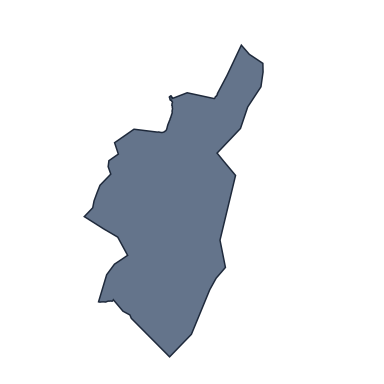 the district of O'lgii, Uvs, Mongolia, rotated 40°
{"feature_id": "93677404B88101121559012", "entity_name": "O'lgii", "entity_type": "district", "adm_level": 2, "iso_a3": "MNG", "parent_name": "Mongolia", "parent_adm1": "Uvs", "projection": "mercator", "projection_center": [92.028, 48.988], "detail": "fine", "context": "isolated", "style": "filled", "palette": "slate", "viewbox_px": 384, "rotation_deg": 40, "n_neighbors": 0, "source": "geoboundaries", "source_scale": "gbopen_adm2", "svg_char_len": 2479}
<svg xmlns="http://www.w3.org/2000/svg" viewBox="0 0 384 384"><g transform="rotate(40 192 192)"><path d="M280.8,332.7L283.0,301.4L276.4,280.6L268.4,255.4L265.9,242.5L266.1,228.3L244.4,210.9L214.7,151.3L196.1,148.0L186.2,146.1L188.3,112.2L180.0,91.0L177.2,67.1L169.3,54.4L163.6,47.9L147.5,49.7L135.4,47.8L143.9,80.2L148.2,100.2L148.3,100.5L148.5,100.6L148.6,100.8L148.8,101.0L148.9,101.5L148.8,101.9L149.0,102.4L149.0,102.6L149.1,102.9L149.0,103.1L148.8,103.3L148.8,103.6L148.7,104.0L148.8,104.4L148.9,104.7L149.0,104.9L149.1,105.2L149.1,105.5L149.1,105.8L149.0,106.1L147.8,106.8L124.5,119.1L117.0,132.7L116.7,132.9L116.4,132.9L116.2,132.7L116.0,132.4L115.9,132.3L115.9,132.2L115.7,132.2L115.6,132.3L115.5,132.5L115.3,132.4L115.1,132.4L114.8,132.1L114.6,131.9L114.4,131.9L114.1,131.8L113.9,132.0L114.0,132.4L114.0,132.7L114.0,132.9L113.8,132.9L113.8,133.0L113.7,133.2L113.5,133.4L113.5,133.5L113.6,133.8L113.8,134.0L114.1,134.2L115.1,134.7L115.7,135.3L116.0,135.5L116.5,135.5L116.7,135.4L116.9,135.3L117.0,135.1L117.1,134.9L117.4,134.9L117.8,135.4L118.0,135.5L118.4,135.5L118.7,135.5L118.9,135.6L119.1,135.6L119.3,135.7L119.3,135.8L119.5,136.1L119.7,136.4L119.8,136.8L119.9,137.2L120.1,137.4L120.4,137.7L120.5,138.0L120.6,138.3L120.7,138.5L120.9,138.5L121.2,138.6L121.5,138.7L121.7,138.9L121.9,139.0L122.0,139.2L122.0,139.4L122.2,139.6L122.4,139.8L123.1,140.3L123.4,140.6L123.7,140.9L123.8,141.2L124.0,141.6L124.2,141.9L124.4,142.3L124.6,142.7L124.8,143.0L125.3,143.3L125.5,143.6L125.8,143.9L126.0,144.3L126.2,144.5L126.3,144.9L126.4,145.3L126.5,145.6L126.7,146.1L127.0,146.5L127.2,147.4L127.7,148.3L127.8,148.6L127.9,149.0L127.9,149.3L128.0,149.7L128.4,150.3L128.6,150.6L128.7,151.0L129.0,152.2L129.2,152.8L129.4,153.2L129.5,153.8L129.8,154.4L129.9,154.8L130.0,155.2L130.1,155.6L130.9,157.4L131.9,159.4L132.4,160.7L132.5,161.1L132.5,161.6L132.5,162.0L132.4,162.4L132.2,162.8L132.2,163.1L132.2,163.4L132.0,163.8L131.8,164.3L131.3,165.1L130.7,165.8L130.1,166.2L129.3,166.7L128.5,167.1L127.9,167.4L127.1,168.3L107.2,181.2L101.0,204.0L111.2,210.3L108.2,221.4L111.5,226.5L118.3,230.5L117.2,246.0L119.7,253.5L122.7,261.8L126.1,267.9L125.3,280.1L148.3,277.0L164.1,274.3L183.4,281.9L179.0,297.1L179.8,310.2L191.0,336.2L191.7,335.9L192.5,335.3L193.1,334.6L194.6,333.2L196.7,331.7L197.1,330.8L198.0,329.4L199.1,328.5L199.8,327.7L200.7,327.2L201.2,326.7L201.2,325.9L201.0,325.1L215.8,327.7L223.5,326.1L226.7,327.8L280.8,332.7Z" fill="#64748b" stroke="#1e293b" stroke-width="1.5"/></g></svg>